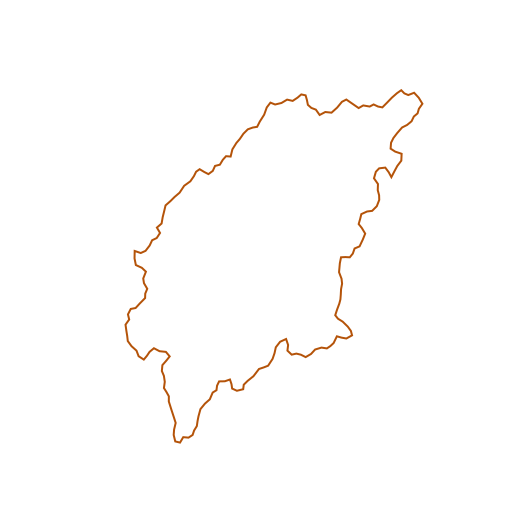 outline of São José do Calçado, Espírito Santo, Brazil, rotated 196°
{"feature_id": "56859067B24817345610038", "entity_name": "São José do Calçado", "entity_type": "district", "adm_level": 2, "iso_a3": "BRA", "parent_name": "Brazil", "parent_adm1": "Espírito Santo", "projection": "orthographic", "projection_center": [-41.661, -20.976], "detail": "fine", "context": "isolated", "style": "outline", "palette": "amber", "viewbox_px": 512, "rotation_deg": 196, "n_neighbors": 0, "source": "geoboundaries", "source_scale": "gbopen_adm2", "svg_char_len": 2752}
<svg xmlns="http://www.w3.org/2000/svg" viewBox="0 0 512 512"><g transform="rotate(196 256 256)"><path d="M290.4,78.2L287.2,73.4L286.9,66.6L285.8,61.3L282.5,55.5L277.6,55.7L276.0,61.8L270.8,62.8L267.6,66.5L267.4,71.2L266.0,76.2L266.7,81.3L267.1,86.0L267.2,93.5L264.4,100.0L260.9,105.5L260.0,112.8L257.0,116.1L257.7,120.6L256.9,125.3L251.4,127.0L247.0,130.1L244.2,126.0L242.4,122.0L237.2,121.2L231.6,124.4L232.3,128.9L229.6,133.7L225.3,139.8L222.0,148.2L217.9,151.0L214.1,153.9L211.7,161.7L211.4,167.7L211.8,173.7L209.2,180.2L204.2,184.5L200.6,179.3L199.7,173.7L194.5,171.0L190.3,173.3L185.7,173.5L180.4,172.5L176.1,177.0L173.4,182.4L167.8,186.0L162.4,186.7L159.7,189.9L157.4,193.7L156.1,201.1L151.4,201.1L146.4,201.6L141.8,206.2L144.1,210.1L148.3,213.4L154.6,216.8L159.9,218.3L163.5,220.9L163.3,226.7L162.8,233.1L162.9,237.5L163.8,242.0L165.1,247.6L165.6,253.1L167.5,257.7L171.7,263.3L173.4,272.1L173.9,278.2L169.8,279.6L165.5,280.6L163.6,285.0L163.3,290.4L159.1,293.8L157.9,301.1L157.2,307.6L162.0,312.1L166.1,315.0L166.1,320.5L166.3,325.3L161.5,329.4L156.8,331.4L153.6,337.2L153.0,343.9L154.4,348.3L157.1,352.8L158.6,358.8L164.0,363.2L164.0,370.0L161.8,374.2L156.1,376.6L151.5,373.1L147.6,369.1L146.2,376.0L145.0,381.5L142.6,387.7L144.2,394.4L151.0,394.7L156.2,396.3L157.4,402.1L156.4,407.4L154.1,413.2L151.0,419.8L146.9,423.6L143.6,428.4L142.7,433.6L140.0,437.6L140.0,442.4L138.0,448.2L143.2,453.0L149.0,456.5L154.0,452.7L158.2,453.2L162.1,455.4L165.4,451.3L169.0,445.7L172.3,439.5L175.5,433.7L179.9,433.3L184.7,434.1L187.9,431.0L194.4,430.3L198.1,426.5L212.3,431.3L215.9,427.9L218.9,421.0L222.9,414.6L229.1,413.5L233.7,409.1L238.8,413.2L243.6,413.6L247.8,415.6L250.0,419.9L252.6,424.1L257.0,423.8L259.7,419.7L263.5,415.2L269.2,414.9L273.7,410.1L279.4,406.9L284.4,407.4L286.6,401.8L287.1,394.1L289.4,386.3L290.5,380.5L294.5,378.6L298.8,375.5L301.8,370.1L303.8,364.1L306.0,359.3L308.1,352.0L307.8,344.6L312.3,343.7L314.4,339.4L315.9,333.8L320.2,331.3L321.0,325.9L324.3,321.6L328.9,322.5L334.1,323.9L336.8,320.5L337.7,315.6L339.7,309.7L344.4,303.7L346.9,295.8L350.6,290.2L353.2,285.5L356.9,279.7L356.6,273.1L356.4,267.6L355.7,261.2L359.1,256.0L354.6,251.7L356.4,245.9L360.2,242.5L361.1,236.8L363.6,230.5L367.6,227.1L374.0,227.4L372.1,220.2L369.0,214.2L362.5,213.2L357.5,210.6L358.2,203.3L356.2,199.0L351.5,194.5L352.1,189.3L351.0,185.0L354.6,178.4L357.4,172.8L361.8,170.6L363.0,164.6L360.4,160.0L362.5,154.0L360.0,148.4L357.8,143.7L355.8,138.9L350.8,135.0L344.8,132.1L341.2,127.3L335.3,125.5L333.3,130.1L331.9,134.5L328.7,139.2L322.5,137.9L316.2,139.0L311.3,135.7L313.2,131.1L315.9,125.3L314.8,119.5L311.5,115.4L309.0,109.9L308.1,103.7L304.5,100.5L301.1,97.1L299.7,92.1L294.6,84.4L290.4,78.2Z" fill="none" stroke="#b45309" stroke-width="2"/></g></svg>